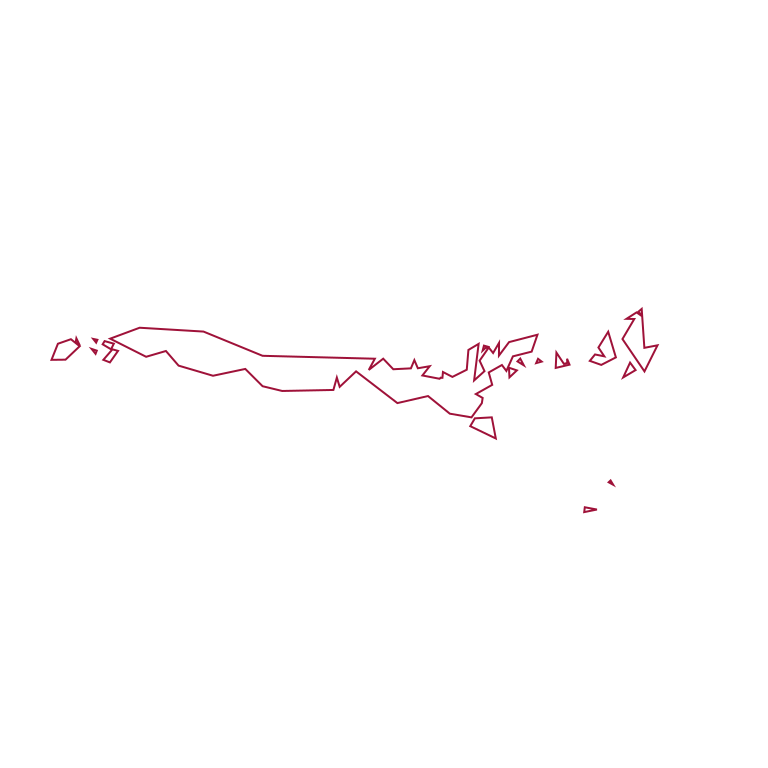 the district of Palawan, Palawan, Philippines, rotated 53°
{"feature_id": "2640588B20950743061684", "entity_name": "Palawan", "entity_type": "district", "adm_level": 2, "iso_a3": "PHL", "parent_name": "Philippines", "parent_adm1": "Palawan", "projection": "orthographic", "projection_center": [119.327, 9.944], "detail": "medium", "context": "isolated", "style": "outline", "palette": "rose", "viewbox_px": 768, "rotation_deg": 53, "n_neighbors": 0, "source": "geoboundaries", "source_scale": "gbopen_adm2", "svg_char_len": 1970}
<svg xmlns="http://www.w3.org/2000/svg" viewBox="0 0 768 768"><g transform="rotate(53 384 384)"><path d="M463.3,334.2L458.2,317.4L454.5,313.6L447.3,316.7L449.8,298.1L437.8,293.4L439.8,278.4L447.2,278.4L439.5,264.4L447.0,246.6L437.0,231.8L425.8,258.9L430.5,275.1L420.4,267.4L424.9,278.2L417.9,278.4L422.9,293.6L434.2,296.0L435.4,309.9L408.9,284.3L407.6,296.1L422.4,309.3L419.5,325.1L409.9,329.7L414.2,333.6L413.1,334.9L413.4,335.4L413.1,336.0L413.1,336.3L412.8,336.7L412.9,336.8L400.3,348.2L397.3,336.8L391.8,347.5L383.2,345.4L387.7,353.1L377.8,367.7L363.3,369.4L363.6,387.7L358.3,376.1L288.4,464.0L233.5,496.6L192.0,545.3L183.0,575.4L219.1,557.6L226.4,538.3L245.7,537.0L274.5,515.6L288.5,485.7L312.7,482.3L328.3,469.5L358.3,428.0L350.5,417.8L359.6,421.1L357.1,398.7L407.3,384.8L420.1,356.1L447.3,349.3L463.3,334.2ZM511.8,154.3L479.1,133.0L479.4,137.7L482.4,136.8L484.5,136.7L484.9,137.2L478.8,139.2L477.9,151.1L482.7,145.0L491.6,166.5L530.7,168.4L517.7,142.3L511.8,154.3ZM502.3,182.8L477.2,173.5L483.9,190.8L494.5,191.4L487.4,197.7L489.4,205.7L499.5,199.0L502.3,182.8ZM469.6,340.5L494.8,327.5L475.5,318.0L466.1,332.1L469.6,340.5ZM170.7,604.3L159.8,607.1L155.6,620.2L164.6,635.0L172.9,623.7L170.7,604.3ZM197.5,576.5L192.9,580.0L195.8,593.6L201.8,589.9L197.5,576.5ZM480.2,224.2L474.0,222.6L477.5,225.0L476.2,228.2L462.7,227.4L474.5,237.2L480.2,224.2ZM524.3,174.7L515.0,174.6L522.7,189.0L524.3,174.7ZM612.4,289.5L603.3,297.8L606.8,301.2L612.4,289.5ZM453.1,269.7L446.2,274.4L454.2,279.8L453.1,269.7ZM189.2,575.5L181.6,581.3L183.0,584.8L192.0,581.1L189.2,575.5ZM453.2,261.1L445.7,259.9L446.3,263.8L453.2,261.1ZM170.4,603.8L162.4,602.2L165.2,605.2L170.4,603.8ZM418.2,277.5L413.5,281.1L416.7,285.1L416.3,281.4L418.2,277.5ZM184.5,593.3L180.0,596.4L186.3,596.2L184.5,593.3ZM176.2,586.3L173.0,589.1L177.7,589.0L176.2,586.3ZM461.0,244.6L456.6,245.8L458.9,249.9L461.0,244.6ZM602.4,261.6L597.4,261.1L597.7,263.7L602.4,261.6Z" fill="none" stroke="#9f1239" stroke-width="2"/></g></svg>